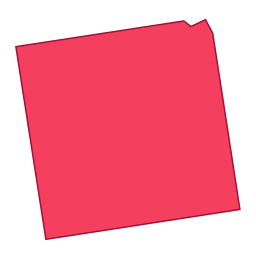 outline of Kalkaska, Michigan, United States of America, rotated 81°
{"feature_id": "52423323B14984723177246", "entity_name": "Kalkaska", "entity_type": "district", "adm_level": 2, "iso_a3": "USA", "parent_name": "United States of America", "parent_adm1": "Michigan", "projection": "albers", "projection_center": [-85.144, 44.685], "detail": "fine", "context": "isolated", "style": "filled", "palette": "rose", "viewbox_px": 256, "rotation_deg": 81, "n_neighbors": 0, "source": "geoboundaries", "source_scale": "gbopen_adm2", "svg_char_len": 256}
<svg xmlns="http://www.w3.org/2000/svg" viewBox="0 0 256 256"><g transform="rotate(81 128 128)"><path d="M225.1,226.5L225.9,30.2L47.6,29.5L33.1,34.5L37.6,49.9L31.0,56.2L30.1,226.0L225.1,226.5Z" fill="#f43f5e" stroke="#9f1239" stroke-width="1.5"/></g></svg>